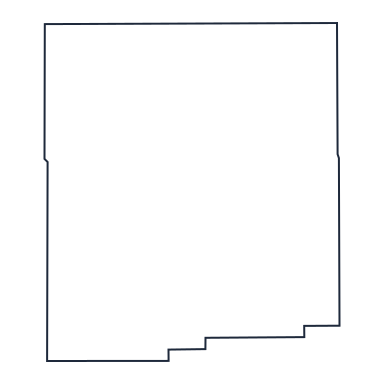 the district of Boone, Nebraska, United States of America
{"feature_id": "52423323B18461908563123", "entity_name": "Boone", "entity_type": "district", "adm_level": 2, "iso_a3": "USA", "parent_name": "United States of America", "parent_adm1": "Nebraska", "projection": "robinson", "projection_center": [-98.057, 41.699], "detail": "fine", "context": "isolated", "style": "outline", "palette": "slate", "viewbox_px": 384, "rotation_deg": 0, "n_neighbors": 0, "source": "geoboundaries", "source_scale": "gbopen_adm2", "svg_char_len": 299}
<svg xmlns="http://www.w3.org/2000/svg" viewBox="0 0 384 384"><path d="M44.8,24.1L44.5,158.9L47.6,162.0L47.1,361.0L168.6,360.9L168.5,349.6L205.4,349.1L205.5,337.8L304.3,337.1L304.2,325.9L339.5,325.7L338.9,158.1L337.6,154.2L337.0,23.0L44.8,24.1Z" fill="none" stroke="#1e293b" stroke-width="2"/></svg>